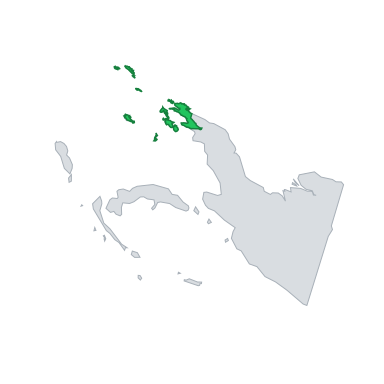 Papua New Guinea, with Milne Bay highlighted, rotated 198°
{"feature_id": "PNG-1252", "entity_name": "Milne Bay", "entity_type": "Province", "adm_level": 1, "iso_a3": "PNG", "parent_name": "Papua New Guinea", "parent_adm1": "", "projection": "orthographic", "projection_center": [151.454, -10.028], "detail": "fine", "context": "in_parent", "style": "filled", "palette": "green", "viewbox_px": 384, "rotation_deg": 198, "n_neighbors": 0, "source": "natural_earth", "source_scale": "10m", "svg_char_len": 9646}
<svg xmlns="http://www.w3.org/2000/svg" viewBox="0 0 384 384"><g transform="rotate(198 192 192)"><path d="M50.1,245.8L49.0,202.8L46.8,199.7L48.7,191.9L47.7,119.6L51.7,119.8L71.5,128.0L84.8,132.3L96.4,134.1L107.2,141.1L115.2,141.3L127.0,151.2L131.8,151.8L140.2,160.1L140.7,167.0L139.9,171.4L152.6,175.3L164.8,181.0L171.4,181.5L175.1,183.6L179.7,188.5L180.6,195.3L178.0,196.5L166.6,196.6L163.4,198.8L168.1,209.3L178.4,218.9L186.2,223.2L188.6,232.0L192.5,234.6L195.1,241.6L199.1,242.3L206.9,241.1L208.2,244.0L207.1,248.4L208.2,250.2L222.6,253.8L217.8,256.1L220.0,260.1L229.4,263.5L235.2,264.8L238.7,264.4L234.6,266.4L231.0,265.8L230.3,266.4L231.8,268.1L234.9,269.9L231.7,272.2L228.6,272.6L222.8,271.1L217.8,266.7L202.1,264.9L196.7,263.1L192.4,263.8L179.7,261.5L175.6,258.5L172.7,253.9L165.2,248.4L163.4,245.7L164.1,242.1L162.0,242.6L157.7,240.1L146.0,223.2L140.1,220.9L125.6,218.3L123.5,215.0L116.7,213.9L115.2,216.1L109.7,217.7L105.0,216.2L100.3,212.2L105.9,221.4L104.0,221.4L104.9,222.9L103.9,223.1L97.8,222.7L99.7,226.6L89.9,229.0L82.5,228.4L79.0,229.5L77.6,229.4L75.6,226.6L72.9,227.2L75.2,227.2L78.1,230.4L84.3,229.8L90.3,232.1L95.5,237.6L95.3,241.5L81.8,249.0L73.8,246.1L62.3,247.3L58.2,246.2L53.1,247.7L50.1,245.8ZM257.4,147.4L260.3,149.4L263.2,147.4L268.8,149.9L267.7,159.2L265.9,161.7L261.1,162.7L260.6,164.1L263.6,169.5L262.4,171.5L258.3,173.6L251.5,173.3L249.7,177.1L245.9,180.5L231.3,187.1L215.4,187.7L210.2,183.6L204.7,184.4L197.4,179.7L191.2,177.7L190.0,175.9L190.1,173.5L191.8,172.0L202.7,172.2L209.7,174.1L218.9,172.8L221.4,171.4L222.3,165.4L223.8,162.9L225.4,164.0L223.5,168.7L225.7,172.8L232.2,171.6L236.4,172.5L239.6,171.3L244.2,164.8L247.8,161.8L254.5,160.3L254.4,155.6L252.0,149.0L253.0,147.1L257.4,147.4ZM337.2,195.9L336.4,198.1L336.0,197.4L332.6,199.3L328.8,198.6L325.4,196.5L322.8,192.7L322.7,188.4L319.0,186.5L314.2,181.0L313.3,177.4L313.7,171.5L320.7,175.0L327.9,185.3L334.7,190.0L337.2,195.9ZM282.9,150.1L278.2,159.4L275.2,155.6L274.1,152.9L273.9,145.8L266.3,135.2L258.6,131.6L242.8,120.6L236.5,118.9L238.1,118.4L238.1,115.7L245.9,121.4L250.7,122.8L257.2,127.2L261.5,128.8L280.6,145.4L282.9,150.1ZM157.1,104.8L172.0,105.0L172.2,106.2L170.3,106.4L167.8,108.6L158.9,108.1L155.0,109.3L154.7,107.8L156.1,107.3L155.9,105.6L157.1,104.8ZM232.5,247.1L235.2,248.7L237.5,248.5L239.3,250.3L239.5,253.3L238.6,254.0L237.9,253.1L230.8,252.5L232.1,250.8L230.8,247.4L232.5,247.1ZM230.5,117.4L225.2,117.4L221.3,113.8L226.4,112.1L230.4,113.7L230.5,117.4ZM243.1,260.2L246.5,258.3L247.3,258.9L246.0,263.6L240.8,261.6L237.3,254.1L243.1,260.2ZM270.7,240.6L276.4,239.7L279.1,241.8L279.9,242.5L279.3,244.5L274.6,243.6L270.7,240.6ZM283.7,285.6L294.2,290.8L290.3,291.6L287.0,290.2L286.6,289.0L285.2,289.4L285.9,288.5L283.7,285.6ZM184.0,179.0L179.2,175.2L179.4,172.5L184.5,174.8L184.0,179.0ZM229.0,250.0L227.6,250.1L224.5,247.4L226.4,244.4L228.5,245.5L229.0,250.0ZM312.1,171.3L310.1,165.0L311.9,163.2L313.7,167.1L312.1,171.3ZM167.5,171.5L164.2,169.1L166.6,166.9L168.0,168.0L167.5,171.5ZM217.4,96.1L215.6,96.5L213.2,94.5L213.9,92.3L216.7,93.7L217.4,96.1ZM145.7,156.5L143.8,158.8L142.4,157.1L144.6,154.6L145.7,156.5ZM243.8,229.0L243.9,236.5L242.4,235.0L243.1,231.9L241.6,231.1L243.8,229.0ZM96.6,232.8L99.8,235.8L92.1,231.1L96.6,232.8ZM99.3,232.0L95.1,230.9L94.2,230.0L99.2,230.3L99.3,232.0ZM304.2,286.5L303.9,287.6L301.1,287.7L299.3,286.2L301.1,286.6L300.8,285.5L304.2,286.5ZM273.3,124.8L273.5,128.2L271.5,125.8L273.3,124.8ZM262.8,122.9L262.0,123.8L260.0,121.4L260.4,120.9L262.8,122.9ZM239.7,270.8L239.4,272.3L237.5,271.5L237.8,270.6L239.7,270.8ZM261.1,120.2L259.6,120.6L259.9,118.3L261.1,120.2ZM180.0,109.8L180.1,111.5L178.0,111.1L180.0,109.8ZM293.2,144.2L292.9,145.8L291.8,145.2L293.2,144.2Z" fill="#d9dde1" stroke="#a8b0b8" stroke-width="1"/><path d="M212.1,252.0L213.6,252.0L215.1,252.5L215.9,252.2L216.4,252.3L217.2,252.0L219.3,252.5L220.3,252.8L221.9,252.7L222.6,252.9L222.9,253.5L223.3,253.7L223.5,254.4L223.0,254.4L221.6,255.1L219.5,255.6L219.1,255.6L218.7,255.5L217.3,256.2L217.1,256.6L217.1,256.9L217.7,257.5L219.1,258.6L219.7,259.4L219.6,260.2L220.4,260.3L221.3,261.1L222.3,261.4L223.9,261.4L225.0,261.9L226.0,261.6L226.5,262.2L227.3,262.5L228.0,263.2L229.8,263.7L230.2,263.8L231.2,263.6L232.5,264.0L233.2,263.7L234.0,263.8L233.6,264.4L234.5,265.2L236.2,264.8L237.4,264.8L238.3,264.2L238.7,264.1L239.2,264.2L239.1,264.4L238.8,264.7L238.0,264.9L235.0,266.4L234.2,266.5L233.3,266.4L232.5,266.1L231.3,265.9L230.6,265.7L230.1,265.7L229.5,266.2L229.1,266.9L229.4,267.6L229.5,267.5L229.8,267.6L230.7,267.6L234.9,269.1L235.3,269.5L235.4,270.1L235.7,270.6L235.6,270.8L233.0,271.9L232.7,271.7L231.8,271.9L230.8,272.8L230.7,273.2L230.1,273.1L229.5,273.2L229.3,272.8L229.0,272.6L227.7,273.2L227.3,272.9L226.5,273.5L225.9,273.0L226.1,272.5L225.9,272.4L224.7,272.8L224.3,272.3L223.8,272.3L223.4,271.9L222.7,271.8L223.1,271.5L222.6,270.8L222.3,271.4L222.2,271.4L221.7,271.1L221.8,270.7L221.4,271.0L221.0,270.6L220.5,270.4L220.6,270.7L220.5,270.8L219.7,270.6L220.4,270.1L220.5,269.8L220.1,269.9L220.4,269.6L220.6,269.5L221.5,269.6L222.3,269.8L223.4,269.5L223.5,268.9L224.0,268.8L223.0,268.7L222.4,268.3L221.6,268.1L221.3,268.4L221.0,269.4L220.8,269.1L220.7,268.6L220.0,267.6L217.6,266.5L216.3,266.4L216.2,262.5L215.8,261.6L214.3,261.0L213.2,260.2L212.2,259.8L210.9,258.7L209.5,258.4L209.0,257.4L208.4,256.8L205.8,255.8L204.6,255.5L203.4,255.5L202.4,255.8L202.5,254.6L203.1,254.0L204.0,253.9L205.2,254.2L210.9,252.5L212.1,252.0ZM237.8,253.0L237.8,253.4L236.6,253.0L235.0,253.2L232.9,252.5L230.7,252.6L230.9,252.2L232.0,251.5L232.2,251.0L232.1,250.4L231.2,249.8L230.6,248.5L230.5,247.9L230.7,247.5L231.1,247.1L232.1,246.9L233.8,247.7L234.5,248.4L235.3,248.9L236.7,248.5L237.0,248.1L237.7,248.6L238.4,249.3L238.4,249.8L239.4,250.4L239.3,251.2L239.0,251.5L239.3,251.8L239.6,251.9L239.8,252.4L240.2,252.8L240.3,253.0L239.7,253.6L239.5,253.4L239.2,253.6L238.5,254.2L238.8,253.2L238.7,253.1L237.8,253.0ZM279.0,242.7L280.2,243.3L279.8,243.7L279.9,243.9L279.7,244.1L278.9,243.8L278.6,244.1L279.4,244.9L279.5,245.2L279.4,245.4L279.2,245.4L278.9,244.8L278.5,244.8L278.0,245.3L276.8,245.4L276.4,245.3L275.1,243.9L274.7,244.3L274.8,244.6L275.2,244.7L275.2,245.1L274.9,245.4L274.6,244.9L273.4,244.3L273.2,243.9L273.3,243.6L273.7,244.0L274.1,244.0L274.0,243.7L274.5,243.4L274.3,243.2L273.6,242.8L272.3,241.7L271.8,241.9L270.5,241.1L269.8,241.2L269.7,241.1L270.4,240.8L270.4,240.7L269.9,239.9L269.5,239.7L269.0,240.0L269.0,241.5L268.9,242.0L268.7,241.0L268.3,240.2L268.6,239.8L269.5,239.3L269.8,239.4L270.7,240.3L272.3,240.1L274.3,240.5L276.0,240.4L276.7,240.9L277.1,241.5L277.4,241.7L278.0,241.9L278.4,241.7L278.9,242.0L279.1,242.2L279.0,242.7ZM244.2,259.7L245.5,258.5L246.3,258.3L247.0,258.4L247.3,259.2L246.7,261.2L246.0,262.5L245.9,263.3L246.0,263.7L244.6,262.6L242.6,262.1L240.8,261.8L240.7,260.5L240.9,260.4L241.4,259.7L240.5,258.9L240.6,259.4L240.2,259.7L239.8,259.7L239.6,259.2L239.3,259.0L239.3,257.9L238.8,256.9L238.4,256.5L238.0,256.4L237.9,256.1L237.4,256.0L237.0,255.6L236.8,255.0L237.1,254.0L238.0,254.6L238.3,254.9L238.6,255.8L240.0,256.5L241.2,257.9L242.5,258.5L242.8,258.9L242.3,258.8L242.2,259.1L242.3,259.5L243.3,260.3L244.0,260.6L244.3,260.5L244.5,260.1L244.2,259.7ZM294.3,290.8L294.6,290.9L294.5,291.3L294.3,291.2L294.0,291.3L293.7,291.2L293.3,291.4L292.8,291.3L292.6,291.6L291.2,291.3L290.9,291.6L290.3,291.7L290.2,291.4L290.5,291.4L290.6,291.1L289.8,291.1L289.6,290.8L289.1,290.9L288.9,290.8L289.0,290.5L288.8,290.4L288.8,290.1L288.1,290.6L287.3,290.2L287.0,290.4L286.9,290.2L286.8,289.7L287.2,289.2L286.9,288.9L286.6,289.1L286.3,288.9L285.3,289.5L285.2,289.1L285.9,288.8L285.9,288.5L285.1,288.3L284.6,287.6L284.1,287.6L284.2,286.9L283.8,286.8L283.4,286.4L283.7,285.5L284.7,286.2L285.1,286.3L285.6,286.2L285.7,286.5L287.6,287.3L288.2,287.7L289.3,288.2L290.2,288.8L293.0,289.5L293.4,290.0L294.0,290.3L294.3,290.8ZM228.8,245.9L229.7,247.9L228.8,249.5L229.3,249.6L229.3,249.9L228.9,250.5L228.4,250.5L227.4,250.0L227.2,250.1L227.1,249.3L225.7,248.9L225.3,248.2L224.5,247.4L224.5,246.2L225.1,245.2L226.0,244.5L226.5,244.4L228.4,245.4L228.8,245.9ZM243.5,235.6L244.2,236.3L244.3,237.0L243.5,235.8L242.4,235.0L243.4,233.6L243.9,232.2L243.1,231.6L241.7,231.3L241.5,231.0L241.9,230.5L242.1,229.9L242.7,229.2L244.0,229.0L243.9,229.2L243.9,230.1L243.6,230.9L244.2,231.5L244.2,232.4L243.6,235.1L243.5,235.6ZM304.1,286.1L304.3,286.7L304.6,287.0L304.3,287.4L303.9,287.7L303.8,287.4L303.0,287.2L302.0,287.6L301.7,287.6L301.6,287.1L301.4,287.6L301.1,287.8L300.7,287.8L299.9,287.6L299.6,287.2L299.0,286.9L299.5,286.5L299.3,286.1L299.8,286.5L300.7,286.5L301.1,286.7L301.6,286.6L301.5,286.3L301.2,286.4L301.0,286.0L300.7,285.8L300.6,285.5L301.5,285.6L303.0,285.5L303.3,285.9L303.6,285.8L304.1,286.1ZM275.7,271.9L277.2,272.6L277.4,273.0L277.0,273.2L275.7,273.4L275.1,273.6L271.9,272.7L271.1,272.1L271.3,271.9L272.6,272.2L273.0,272.2L273.8,272.7L275.7,271.9ZM239.2,270.2L239.7,270.5L239.5,271.0L239.5,272.4L239.4,272.5L238.0,272.1L237.7,272.3L237.1,271.6L237.3,271.4L238.2,271.9L239.0,271.9L237.7,270.7L237.6,270.3L237.9,270.2L238.2,270.5L239.0,270.4L239.2,270.2ZM243.0,271.6L242.5,272.0L242.9,272.2L242.5,272.6L242.5,272.8L241.9,272.7L241.6,272.2L240.4,272.1L240.3,272.9L240.2,273.0L239.9,272.2L240.0,271.8L240.3,271.5L240.9,271.3L242.0,271.3L242.5,271.6L242.8,271.3L243.0,271.6ZM283.3,284.7L283.6,284.5L283.1,284.1L282.8,284.1L282.0,283.5L281.7,283.2L281.8,282.9L282.0,282.8L282.5,283.2L283.5,283.4L284.3,284.0L284.6,284.1L284.3,284.6L284.0,284.5L283.8,284.7L283.3,284.7ZM241.9,252.5L242.2,253.0L241.9,253.3L241.5,252.7L240.7,252.2L240.8,251.9L241.5,251.6L242.0,251.8L242.1,252.2L242.0,252.5L241.9,252.5Z" fill="#22c55e" stroke="#15803d" stroke-width="1.5"/></g></svg>